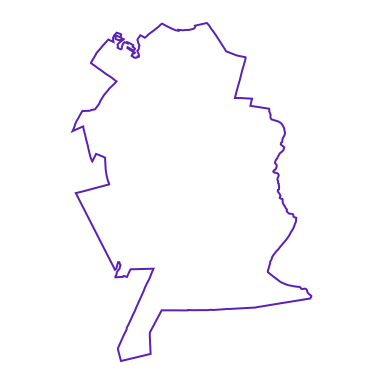 the district of Oporelu, Olt, Romania
{"feature_id": "2599482B23576568126019", "entity_name": "Oporelu", "entity_type": "district", "adm_level": 2, "iso_a3": "ROU", "parent_name": "Romania", "parent_adm1": "Olt", "projection": "equal_earth", "projection_center": [24.426, 44.579], "detail": "fine", "context": "isolated", "style": "outline", "palette": "violet", "viewbox_px": 384, "rotation_deg": 0, "n_neighbors": 0, "source": "geoboundaries", "source_scale": "gbopen_adm2", "svg_char_len": 5840}
<svg xmlns="http://www.w3.org/2000/svg" viewBox="0 0 384 384"><path d="M121.0,361.0L150.6,353.9L149.8,336.5L149.8,333.2L150.0,332.2L154.4,324.0L155.5,321.8L161.7,310.3L187.8,310.4L188.1,309.9L190.1,310.1L192.9,310.2L207.9,310.1L211.2,309.7L212.0,310.0L214.5,309.9L224.5,309.2L227.7,308.9L229.0,309.0L256.0,307.5L256.1,307.3L265.4,305.8L281.1,303.2L308.9,298.7L310.0,298.6L310.8,297.6L311.4,296.3L311.4,296.0L310.7,295.3L308.9,294.0L307.5,292.4L307.3,291.4L306.7,289.8L306.1,289.1L305.1,288.6L303.5,288.8L302.6,289.1L301.6,288.9L300.9,288.4L300.4,287.4L299.8,286.9L297.6,286.8L294.1,286.3L288.1,285.1L285.5,284.2L281.3,282.4L280.0,281.6L277.3,279.5L274.1,277.1L268.5,272.7L267.9,272.2L267.8,271.7L267.8,271.3L268.3,269.4L270.1,263.3L270.2,261.7L270.4,261.2L271.1,260.3L271.5,259.4L271.9,257.8L272.4,256.7L273.4,255.1L276.1,251.6L278.7,248.8L280.5,246.4L285.6,240.5L287.5,238.0L289.3,235.3L291.3,231.5L292.7,229.4L293.6,227.7L295.2,223.3L295.5,222.7L295.9,221.8L296.0,220.9L296.1,219.1L296.4,218.1L296.4,217.9L296.2,217.7L294.8,217.4L293.6,216.8L293.4,216.3L293.3,214.8L293.1,214.5L292.8,214.2L292.1,213.9L291.1,213.8L290.1,213.8L289.1,213.6L288.4,213.0L287.0,211.7L286.7,211.2L286.6,210.8L286.7,210.6L286.9,210.0L287.0,209.7L286.9,209.5L285.5,207.8L285.2,207.2L285.0,206.6L283.7,204.5L283.1,203.8L282.8,202.9L282.7,201.8L282.6,200.7L282.7,199.8L282.4,198.9L282.1,198.9L280.7,198.6L279.7,197.9L280.5,195.7L279.5,193.8L277.8,191.5L277.9,190.0L278.5,189.9L278.8,189.7L279.0,189.3L279.1,186.9L279.1,186.3L278.7,184.9L278.7,184.5L278.9,184.1L278.8,183.8L278.1,183.2L278.1,182.6L278.2,182.0L278.1,181.3L278.0,180.9L277.6,180.3L277.4,179.2L277.6,178.1L278.0,177.4L278.7,175.6L278.5,174.4L278.3,174.1L277.8,173.6L276.8,173.1L275.7,172.6L275.0,172.7L273.7,172.3L273.3,171.4L273.8,170.5L275.7,169.1L276.6,166.9L276.8,165.7L276.3,164.5L275.1,163.2L275.1,162.7L275.0,162.2L275.9,159.9L277.3,158.3L277.7,157.1L278.2,156.2L279.8,153.4L282.6,151.1L283.3,150.3L284.3,147.3L280.8,144.5L280.9,143.0L282.2,142.0L282.6,138.5L284.3,135.7L284.7,134.5L285.0,133.5L284.1,128.1L282.7,125.5L281.8,124.0L280.7,123.0L279.6,122.2L278.4,121.5L271.3,119.3L270.8,118.5L270.4,117.1L270.6,114.7L269.3,111.5L269.2,108.8L268.9,108.7L250.4,105.8L251.3,101.5L252.1,98.7L242.1,98.1L234.9,98.0L237.1,89.4L239.8,80.0L242.0,71.2L242.6,68.8L242.8,68.5L245.2,60.1L245.7,57.7L245.6,57.4L245.3,57.2L236.9,55.5L226.0,51.3L225.2,49.7L215.7,34.9L213.3,31.5L210.4,27.7L210.2,27.3L210.0,26.7L209.8,26.4L208.9,25.2L206.8,23.0L195.0,25.7L195.3,26.2L195.3,26.9L194.6,27.9L194.2,28.2L193.9,28.7L189.9,29.7L189.6,29.7L188.9,30.0L186.2,29.9L183.4,30.3L178.9,29.9L177.3,29.4L178.3,30.1L178.6,30.6L178.6,30.9L177.3,30.5L175.7,30.3L173.0,29.2L167.2,26.4L164.7,25.1L162.6,23.8L162.2,23.7L161.8,23.8L160.7,24.6L159.8,25.5L158.8,26.5L155.2,29.4L148.2,34.6L147.8,35.2L145.8,37.0L144.7,37.7L143.5,36.9L140.3,35.3L139.0,37.3L138.1,38.4L137.5,39.5L137.4,40.0L137.5,40.2L137.9,41.5L138.3,42.7L138.4,43.5L139.3,45.0L139.4,45.6L139.1,46.5L138.9,47.8L138.9,48.7L138.2,49.9L137.3,50.9L138.8,54.5L139.0,55.5L139.1,55.9L138.5,57.6L138.4,56.7L138.2,56.4L137.9,56.3L137.6,56.4L137.7,56.9L137.6,57.2L137.4,57.3L136.1,57.7L135.8,57.6L135.6,57.6L135.4,57.8L134.8,57.8L134.1,57.5L133.7,57.2L133.1,56.4L132.6,56.3L132.4,56.4L131.6,55.8L131.6,55.7L132.3,54.6L132.2,54.4L132.6,53.6L132.9,53.5L133.4,53.5L134.0,53.3L134.4,53.3L134.6,53.2L134.9,52.6L133.4,51.9L131.0,50.4L127.4,48.2L127.6,47.2L133.1,50.3L133.8,50.1L134.8,49.5L135.0,48.8L134.7,48.3L134.3,48.0L132.6,46.7L133.4,45.5L133.3,45.2L131.0,43.9L128.4,42.6L127.3,42.2L127.5,43.4L124.5,42.2L124.1,42.5L123.2,43.5L122.0,46.5L121.8,47.3L121.9,47.9L121.7,48.6L121.1,49.2L120.9,49.3L119.6,48.8L119.1,48.5L118.7,48.4L117.8,47.9L117.6,47.6L117.8,47.0L117.9,46.7L117.8,45.7L117.5,44.6L117.7,44.2L120.7,41.5L123.6,39.5L123.8,39.3L123.8,39.1L123.5,39.0L122.5,39.1L119.0,40.3L115.7,39.0L115.5,38.8L115.6,37.5L115.5,36.1L115.6,35.6L115.7,35.4L119.6,37.0L121.1,37.5L121.4,37.5L121.4,37.4L120.9,37.1L120.7,37.0L120.7,36.8L120.7,36.2L121.2,34.8L121.1,34.4L120.9,34.2L119.5,33.7L117.7,33.0L116.5,32.7L115.6,34.1L115.0,34.6L114.4,34.9L113.9,36.3L113.2,37.3L113.1,37.5L113.1,39.7L113.5,42.0L108.3,39.5L105.8,42.4L105.1,43.1L102.6,45.9L100.0,49.0L97.1,52.4L96.4,53.2L95.9,54.3L95.0,55.9L91.5,61.8L90.9,63.0L92.8,64.4L96.3,66.9L97.9,68.2L100.8,70.1L106.0,74.0L109.6,76.2L113.2,78.8L113.6,79.2L116.5,81.4L114.2,83.9L109.2,88.6L108.3,90.0L104.5,94.4L103.7,95.5L100.1,101.4L99.7,102.6L99.1,103.9L95.1,109.2L94.0,109.6L92.9,109.8L91.7,109.9L91.3,110.0L90.0,110.7L89.2,110.8L83.6,111.0L82.4,110.9L80.1,114.8L78.7,117.5L77.7,119.1L76.0,122.1L75.2,124.1L74.6,126.3L72.9,130.5L72.6,131.1L81.7,127.0L83.2,126.5L83.6,129.1L84.3,131.6L84.5,132.7L85.2,135.2L86.1,139.3L87.6,144.9L88.6,149.4L90.2,156.2L91.0,158.7L91.3,159.2L91.7,160.4L92.3,161.4L92.6,160.9L93.0,160.0L93.0,159.8L93.5,159.1L96.1,153.9L99.3,155.1L100.7,155.8L102.2,156.3L105.1,157.7L105.1,159.3L105.7,169.7L106.2,173.1L106.7,175.8L106.9,176.9L108.1,181.3L109.1,183.6L109.2,184.3L108.6,184.6L107.2,184.9L84.0,191.1L75.8,193.1L92.4,225.6L100.3,241.1L115.0,269.8L116.3,268.5L116.6,267.8L116.7,266.9L117.1,265.9L117.3,264.9L118.1,262.2L119.8,262.2L120.2,262.0L119.4,262.5L119.2,262.8L119.8,263.9L120.3,264.6L120.6,265.1L120.1,266.2L119.8,267.2L119.7,268.5L119.0,269.4L118.1,270.2L117.6,270.9L117.3,271.6L117.1,271.8L116.8,272.7L116.6,274.0L116.4,274.8L116.1,275.4L115.8,275.8L115.4,276.5L115.4,277.3L122.7,276.9L123.0,276.4L123.4,276.3L123.8,275.9L126.9,277.0L129.5,271.4L130.6,269.3L153.5,268.7L151.7,272.8L149.5,278.5L148.8,279.9L146.4,284.5L144.7,288.2L144.0,290.3L141.0,296.9L137.4,305.0L135.6,309.0L135.3,310.1L132.7,315.2L131.9,317.2L128.8,323.9L126.8,327.7L126.7,329.2L126.2,330.3L123.3,336.1L122.7,337.6L118.7,346.5L118.1,347.9L118.0,348.5L118.2,349.9L118.1,350.1L121.0,361.0Z" fill="none" stroke="#5b21b6" stroke-width="2"/></svg>